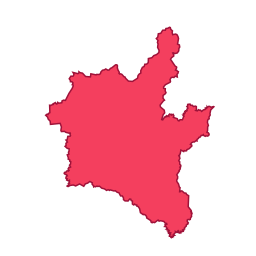 Mueang Phetchabun, Phetchabun, Thailand, rotated 96°
{"feature_id": "78962969B97134381081584", "entity_name": "Mueang Phetchabun", "entity_type": "district", "adm_level": 2, "iso_a3": "THA", "parent_name": "Thailand", "parent_adm1": "Phetchabun", "projection": "albers", "projection_center": [101.207, 16.368], "detail": "fine", "context": "isolated", "style": "filled", "palette": "rose", "viewbox_px": 256, "rotation_deg": 96, "n_neighbors": 0, "source": "geoboundaries", "source_scale": "gbopen_adm2", "svg_char_len": 5740}
<svg xmlns="http://www.w3.org/2000/svg" viewBox="0 0 256 256"><g transform="rotate(96 128 128)"><path d="M78.5,188.5L80.0,187.4L81.7,187.7L82.3,188.2L82.4,190.2L85.2,191.6L86.7,190.3L88.0,190.1L87.9,188.5L89.0,187.4L90.8,188.0L91.0,187.1L91.9,186.9L94.6,187.7L99.7,190.3L107.1,193.1L107.0,194.9L107.9,196.4L109.8,196.5L110.6,199.6L109.8,200.6L111.6,201.3L111.0,202.8L110.4,203.0L111.6,204.7L112.3,204.7L112.2,205.5L113.2,206.2L113.5,207.6L113.9,207.7L113.7,208.3L120.9,207.3L121.5,208.2L123.0,209.0L122.6,209.8L123.9,211.2L125.6,209.1L127.5,208.3L129.4,206.1L132.5,205.5L130.5,195.9L134.0,194.3L137.4,194.5L138.5,193.9L138.0,190.8L138.8,189.4L139.3,186.1L138.9,185.2L139.4,184.8L140.2,185.0L141.6,184.4L142.2,184.7L142.6,187.0L146.2,187.3L146.5,188.4L148.3,186.8L149.7,188.1L151.9,187.8L152.8,188.7L154.6,186.3L154.8,184.4L157.2,184.2L158.3,184.7L160.2,184.1L161.0,185.6L164.3,184.0L165.1,184.3L165.9,182.6L167.2,182.4L167.5,181.4L169.9,181.4L171.1,182.3L172.8,181.0L173.5,181.9L173.3,182.6L175.0,183.3L176.4,182.2L177.0,182.8L176.7,183.1L177.3,184.6L178.4,185.0L178.7,186.3L179.6,186.8L180.3,186.3L181.0,184.0L181.9,183.4L182.3,184.2L184.3,184.6L185.1,183.8L185.0,183.2L186.2,183.5L186.8,181.6L186.2,180.8L187.7,180.6L188.6,181.0L189.0,180.5L189.6,181.3L189.8,180.9L190.9,180.9L191.5,182.0L191.8,181.5L192.3,182.1L192.5,181.5L191.1,179.3L190.4,176.4L191.1,174.0L188.7,170.3L190.6,165.9L188.0,164.6L187.0,162.3L185.2,160.4L186.2,157.8L187.5,157.9L189.1,156.3L190.1,156.0L189.6,155.4L189.9,154.3L189.0,152.8L189.3,152.1L188.9,150.2L190.6,147.8L191.0,145.0L192.3,142.8L191.4,141.3L192.0,139.9L191.4,139.4L192.1,135.3L191.7,134.1L193.1,132.0L193.3,130.3L196.3,128.3L196.2,126.5L198.0,125.2L199.7,125.0L200.8,123.4L200.6,120.3L198.5,119.0L198.5,117.8L199.8,117.3L200.2,116.0L203.1,115.7L203.9,114.5L203.0,113.4L203.6,112.9L203.7,111.2L204.7,111.1L205.1,109.6L207.1,108.0L210.9,106.8L212.6,103.8L212.2,103.3L212.8,101.4L214.3,100.2L215.5,100.0L217.7,95.7L219.3,95.1L219.7,94.1L219.1,93.7L219.3,91.6L216.7,88.9L216.5,88.1L217.4,87.4L216.8,85.8L217.2,82.5L218.7,81.2L218.9,79.6L219.7,79.3L220.5,81.1L221.4,80.7L221.2,80.1L222.1,81.0L222.1,79.9L223.7,78.7L224.1,79.0L223.9,78.4L225.2,78.6L225.5,77.5L225.2,77.0L225.8,76.4L226.1,76.9L227.0,76.7L227.2,77.3L227.8,76.5L228.4,76.6L228.2,75.6L227.5,76.1L227.9,74.6L228.8,75.4L229.3,74.8L229.7,75.5L231.3,75.5L231.2,74.5L232.3,73.9L232.5,73.3L231.8,73.0L231.9,72.5L231.2,72.7L231.2,71.6L230.5,71.8L229.9,70.5L229.3,71.7L226.9,69.8L226.0,70.0L226.7,68.6L225.9,68.2L226.5,68.0L226.8,66.8L225.9,67.5L225.2,67.0L226.1,66.7L226.8,64.6L225.9,64.6L225.7,64.0L225.2,64.4L225.0,62.3L224.4,62.6L224.1,62.1L223.5,62.8L222.5,61.1L221.3,61.4L219.5,59.8L218.3,59.9L217.0,58.3L216.5,58.7L215.9,58.2L214.6,59.4L213.2,59.4L212.6,58.6L212.9,57.4L212.4,56.5L211.2,56.5L209.2,55.5L208.1,55.8L206.1,55.4L205.9,56.3L205.1,56.1L204.6,56.7L204.2,56.3L203.4,56.6L200.0,59.9L189.0,60.6L188.0,62.7L186.7,63.6L186.8,65.1L185.0,67.6L185.0,68.6L185.9,69.4L186.0,70.0L181.8,70.0L181.5,70.7L178.4,71.9L176.0,73.9L174.5,74.1L173.0,73.4L171.1,73.5L169.4,74.6L165.5,72.5L165.0,72.8L163.6,71.9L161.9,71.7L161.5,72.3L160.3,71.4L159.3,71.8L158.8,72.7L156.0,73.1L155.3,74.1L152.6,73.2L150.4,74.4L150.4,73.8L148.9,74.0L148.4,73.4L144.4,73.1L145.6,70.1L144.6,69.7L144.8,68.0L144.4,67.3L143.4,67.2L142.2,65.0L139.2,62.6L138.2,62.9L137.8,64.2L136.0,63.2L135.0,61.6L135.0,60.6L133.5,59.0L133.7,58.0L132.2,58.2L130.9,56.8L129.9,56.5L129.5,55.3L127.7,54.4L127.7,53.6L126.8,52.4L127.4,52.3L128.2,50.3L127.7,49.8L127.7,47.8L126.5,46.7L125.6,46.7L124.4,47.6L124.0,49.0L122.2,48.6L118.4,48.9L117.2,48.3L114.2,49.6L112.3,49.6L111.0,49.2L110.4,48.2L108.7,48.6L106.5,47.6L105.2,48.0L101.3,47.6L97.9,44.8L97.7,45.2L98.7,47.7L98.0,48.9L98.0,49.9L99.1,51.3L98.7,51.6L99.3,51.6L100.0,53.0L100.5,52.3L100.8,53.1L101.5,53.2L102.1,54.9L103.8,56.5L102.6,57.9L102.9,58.7L102.4,59.7L103.7,60.8L103.5,62.4L102.9,61.8L99.5,62.3L99.2,63.2L99.8,65.3L98.7,66.3L98.9,68.2L97.8,68.7L97.9,69.8L98.3,71.1L99.9,70.9L100.4,71.7L101.9,70.5L103.3,71.4L104.6,71.1L105.1,71.5L104.8,72.5L105.6,73.3L106.6,72.7L107.4,73.1L107.3,73.8L107.8,74.2L108.1,73.5L109.1,74.3L109.8,73.9L109.7,74.5L110.6,73.8L114.1,74.7L114.3,77.1L115.6,78.0L115.4,78.9L113.6,80.0L112.7,84.0L111.1,83.6L109.7,84.5L110.3,85.5L109.9,85.9L110.6,86.3L109.7,87.9L110.5,88.7L111.9,88.7L111.5,89.1L112.1,89.9L111.8,90.7L112.6,90.7L112.5,91.7L113.1,91.8L113.2,92.7L116.3,94.3L116.1,95.4L111.1,94.4L109.1,93.1L106.5,93.8L103.7,97.9L101.9,98.5L97.3,95.6L96.5,94.6L94.7,96.3L91.9,96.5L90.1,94.5L88.9,93.9L87.2,94.9L85.0,95.0L84.9,96.7L83.4,96.9L81.0,95.3L78.1,90.9L77.1,90.6L75.4,91.3L73.3,90.3L72.8,88.8L73.0,87.6L71.5,86.5L72.1,84.3L69.5,84.9L68.5,84.1L66.7,83.8L66.3,85.0L65.6,85.4L65.4,86.8L63.0,85.9L62.2,86.1L61.5,87.6L55.2,92.9L53.6,92.1L51.6,90.0L50.3,90.3L48.7,91.3L48.5,90.6L49.1,89.2L48.2,86.8L46.0,85.6L43.6,85.7L42.1,85.0L40.0,85.6L39.4,87.5L33.7,87.1L31.7,87.9L30.0,89.1L29.6,90.5L30.5,93.3L28.3,94.1L26.8,93.9L25.4,95.8L23.7,96.4L23.5,97.3L24.6,98.7L25.1,100.7L26.8,101.1L27.1,103.7L30.4,105.3L31.1,107.7L34.5,107.9L36.1,109.2L37.8,107.3L39.9,107.7L41.2,106.9L44.7,107.0L47.6,105.2L49.8,105.2L52.0,107.3L53.3,109.9L55.6,111.6L56.8,115.0L60.9,114.7L62.6,116.2L62.8,117.9L65.2,118.4L66.1,120.0L69.7,121.3L72.0,121.0L73.2,122.5L74.8,123.5L77.5,123.7L81.2,128.4L81.3,132.5L78.8,135.6L77.6,136.3L77.4,137.4L75.3,139.7L74.9,141.0L75.2,141.9L74.7,142.6L73.5,142.5L71.2,144.1L69.3,144.9L67.2,145.0L66.3,145.7L66.5,147.0L70.0,150.6L70.5,151.7L72.2,152.8L72.6,154.0L71.6,156.3L72.6,157.5L73.2,159.4L75.1,160.8L76.8,161.1L77.8,162.2L78.0,164.8L78.5,165.3L78.0,170.6L81.1,170.7L81.2,175.6L78.2,179.0L78.0,181.4L77.3,182.6L78.1,182.4L79.2,183.5L78.5,188.5Z" fill="#f43f5e" stroke="#9f1239" stroke-width="1.5"/></g></svg>